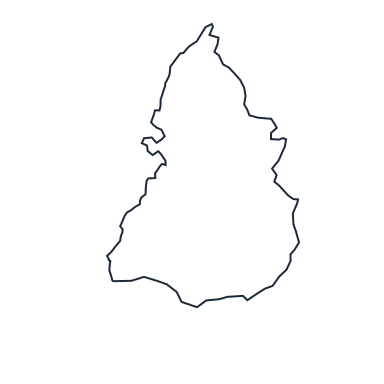 Agios Pavlos, Limassol, Cyprus, rotated 323°
{"feature_id": "46923920B27663656308874", "entity_name": "Agios Pavlos", "entity_type": "district", "adm_level": 2, "iso_a3": "CYP", "parent_name": "Cyprus", "parent_adm1": "Limassol", "projection": "robinson", "projection_center": [33.049, 34.872], "detail": "fine", "context": "isolated", "style": "outline", "palette": "slate", "viewbox_px": 384, "rotation_deg": 323, "n_neighbors": 0, "source": "geoboundaries", "source_scale": "gbopen_adm2", "svg_char_len": 1681}
<svg xmlns="http://www.w3.org/2000/svg" viewBox="0 0 384 384"><g transform="rotate(323 192 192)"><path d="M308.8,69.7L302.0,68.5L286.5,74.5L277.8,74.0L274.3,74.5L268.8,75.8L266.0,74.2L250.1,78.9L244.6,84.8L241.1,86.8L235.9,89.2L234.4,91.1L229.3,94.6L222.5,99.4L218.4,104.6L215.1,107.3L211.6,104.5L208.6,106.9L201.3,111.7L201.5,115.3L202.6,119.5L205.1,123.9L203.7,131.1L198.7,131.8L193.2,131.3L192.7,124.3L186.1,120.2L181.3,122.8L184.0,127.8L181.3,132.7L182.8,138.8L189.6,139.1L190.0,143.5L189.6,151.0L187.2,154.6L184.9,151.5L181.3,152.3L173.6,155.0L171.2,158.7L169.8,158.0L165.2,154.8L162.4,155.8L157.3,161.2L153.5,165.9L148.2,165.9L145.4,167.5L142.9,170.4L137.7,169.7L131.9,169.8L127.6,169.2L123.7,170.6L117.1,174.5L114.1,176.0L114.1,180.2L111.9,182.5L108.8,184.3L105.1,187.8L99.0,189.2L90.9,191.4L85.7,191.9L84.9,197.0L84.7,197.0L85.2,198.1L83.2,199.9L79.0,204.6L76.2,212.2L75.2,214.5L75.5,215.9L90.1,226.4L102.6,230.9L110.9,242.3L116.3,250.5L119.6,262.6L117.5,273.5L126.7,287.0L138.2,287.2L149.2,294.0L157.1,297.0L170.2,305.6L171.1,311.7L183.8,312.4L192.2,313.1L199.8,315.5L210.8,312.0L220.8,310.9L229.5,306.2L233.0,301.1L239.1,299.8L247.1,296.7L251.3,286.0L253.7,278.6L259.7,269.8L269.7,264.0L272.2,261.7L268.7,258.7L266.7,252.6L265.5,239.7L264.0,233.2L269.7,229.5L270.1,221.5L280.1,219.0L286.3,215.5L293.2,211.8L298.8,206.7L297.3,203.8L293.0,202.5L286.9,197.3L290.7,192.4L298.3,191.8L298.9,187.1L299.3,181.2L294.1,176.6L289.4,172.3L284.0,165.3L285.7,159.2L286.4,153.3L292.5,147.6L296.4,140.1L297.9,131.7L297.2,122.5L296.3,114.7L293.6,108.7L295.7,99.2L294.2,93.6L301.3,89.4L306.0,84.7L300.5,77.1L308.2,72.6L308.8,69.7Z" fill="none" stroke="#1e293b" stroke-width="2"/></g></svg>